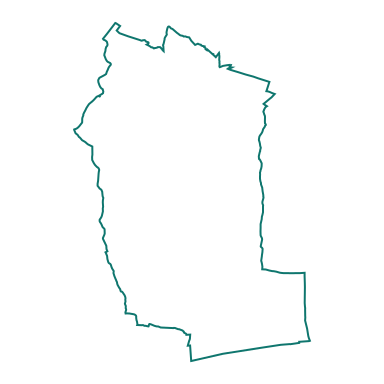 Cernatesti, Buzau, Romania (Equal Earth projection)
{"feature_id": "2599482B98470436425498", "entity_name": "Cernatesti", "entity_type": "district", "adm_level": 2, "iso_a3": "ROU", "parent_name": "Romania", "parent_adm1": "Buzau", "projection": "equal_earth", "projection_center": [26.764, 45.296], "detail": "fine", "context": "isolated", "style": "outline", "palette": "teal", "viewbox_px": 384, "rotation_deg": 0, "n_neighbors": 0, "source": "geoboundaries", "source_scale": "gbopen_adm2", "svg_char_len": 5858}
<svg xmlns="http://www.w3.org/2000/svg" viewBox="0 0 384 384"><path d="M309.9,340.8L308.9,338.2L308.3,336.1L307.1,328.6L305.1,320.5L305.3,317.4L305.2,315.8L305.1,308.7L305.2,308.2L305.0,307.0L304.7,303.1L304.9,287.1L304.8,282.5L304.6,276.3L304.6,272.8L300.3,273.1L291.7,273.2L283.2,273.1L281.2,272.9L279.8,272.7L276.4,271.7L273.8,271.2L272.2,271.1L269.3,270.5L265.8,269.5L262.2,269.3L262.4,266.7L262.0,263.9L261.6,262.1L261.2,260.8L261.9,256.0L261.9,255.5L262.4,252.2L262.6,249.2L262.6,248.8L262.4,248.4L262.1,247.9L260.9,246.8L260.7,246.3L262.1,239.7L262.1,239.3L262.0,238.3L260.8,235.9L260.6,235.2L260.5,231.3L260.6,227.8L260.6,224.1L261.7,219.3L261.9,216.6L262.4,215.0L263.0,212.3L263.0,206.1L263.1,205.7L263.1,205.2L262.5,203.7L262.4,203.0L262.4,202.0L262.5,201.4L263.4,198.1L263.5,197.1L263.3,196.7L263.3,195.1L262.6,191.2L262.2,187.6L261.0,184.4L261.0,183.1L260.4,181.3L260.0,178.8L260.0,176.2L260.1,174.7L260.0,172.5L260.4,171.3L260.5,170.4L261.2,168.4L261.6,166.3L261.7,163.5L261.6,163.1L260.3,160.4L259.6,159.3L259.2,159.2L259.0,158.9L258.8,156.2L259.7,152.3L260.2,151.0L260.1,150.4L260.8,147.8L260.2,145.8L259.9,143.6L259.4,141.5L259.3,141.1L259.0,140.7L258.9,139.6L259.3,136.9L259.9,135.6L261.3,133.7L262.1,132.4L262.6,131.1L263.1,129.2L264.8,126.7L265.1,125.7L265.8,125.0L265.8,124.7L265.7,124.3L265.0,123.3L264.9,121.5L265.0,117.0L264.9,116.1L264.7,115.3L264.3,114.7L264.0,113.4L263.5,112.2L263.4,111.7L263.4,111.3L263.8,110.8L264.1,109.6L265.2,107.6L265.7,107.0L266.9,106.2L265.0,105.0L263.6,103.9L270.3,98.3L271.4,97.5L274.7,94.0L271.7,92.9L269.8,92.0L267.9,91.4L266.4,91.2L269.4,81.9L258.1,78.3L253.3,76.6L245.6,74.5L238.3,72.2L230.6,69.9L227.8,68.8L228.3,68.4L229.0,68.3L229.9,68.3L229.8,68.7L230.1,68.7L230.6,68.1L231.8,67.5L230.4,67.4L229.6,66.8L229.6,66.5L229.9,66.2L230.7,65.6L230.8,65.3L230.4,65.4L230.3,65.0L230.6,64.8L227.1,65.2L223.0,65.9L219.8,67.2L219.6,67.0L219.4,66.4L219.6,63.9L219.4,63.0L219.5,61.2L219.2,60.0L219.4,56.7L219.3,55.4L219.1,54.6L219.2,53.7L219.0,52.9L215.8,57.2L213.7,55.2L213.8,55.2L212.7,54.3L212.9,54.0L212.5,53.9L212.4,54.0L207.5,49.6L207.1,50.3L205.7,49.3L205.9,49.0L205.7,48.3L204.2,47.1L204.6,46.4L204.3,46.3L203.5,46.2L203.1,46.0L202.5,46.0L201.3,45.5L201.2,45.1L200.8,44.7L199.5,44.5L197.9,43.7L195.1,44.9L191.3,40.8L189.2,37.4L186.8,37.0L185.9,36.6L185.2,36.4L183.7,36.5L182.7,35.8L180.9,35.5L179.9,35.1L178.3,33.8L176.9,32.8L173.0,29.4L172.4,28.9L171.2,28.5L170.8,28.2L169.7,26.9L169.0,26.5L168.6,26.5L168.1,26.8L167.6,27.7L167.2,29.0L166.6,31.8L166.5,32.9L166.8,34.6L165.1,37.3L164.6,38.4L164.6,39.3L163.8,42.9L163.4,44.4L163.0,45.1L163.3,46.1L163.6,51.1L162.6,50.2L162.2,49.3L161.2,48.4L160.9,47.8L160.2,47.2L159.5,47.1L157.8,47.1L157.1,47.6L155.6,48.0L154.2,48.1L153.9,48.4L153.5,48.2L152.8,47.6L152.2,47.3L151.2,47.3L150.1,46.4L148.9,45.7L146.7,44.6L148.1,43.8L148.5,43.3L148.5,42.5L148.3,42.3L146.1,41.6L145.2,40.5L144.6,40.1L144.1,40.2L143.0,40.2L142.5,40.5L141.4,40.7L140.0,40.1L128.1,36.3L119.5,33.2L118.5,32.3L116.7,30.5L120.1,26.0L116.1,23.3L115.3,23.0L107.1,33.7L103.0,38.8L103.6,39.7L105.3,40.4L106.6,41.5L106.9,41.9L107.1,42.5L107.5,44.4L107.5,44.9L107.2,45.8L106.2,47.0L105.6,48.9L105.4,51.0L104.5,53.6L104.4,54.3L104.3,55.4L104.5,55.8L105.9,59.4L106.9,61.0L107.7,61.8L110.1,63.0L110.7,63.7L110.8,64.2L110.8,64.7L109.2,66.7L108.6,67.7L107.5,70.4L106.9,71.5L106.1,74.0L105.0,74.8L103.2,75.8L100.0,77.5L99.3,78.0L98.3,79.9L98.2,80.6L98.4,82.3L99.5,85.4L100.3,87.0L101.3,88.3L102.8,89.3L102.9,90.2L103.3,91.4L103.0,93.2L102.1,93.9L99.2,95.6L99.6,96.1L99.8,96.4L99.7,96.5L98.8,96.1L98.5,96.0L98.1,96.1L96.6,96.8L94.1,99.6L92.8,100.9L89.1,104.0L88.3,105.1L86.5,107.9L85.2,110.6L84.1,112.6L83.3,114.4L83.3,115.5L82.7,116.9L82.3,118.1L82.2,119.3L82.2,121.4L82.1,122.6L79.2,126.3L77.9,127.6L77.0,128.3L75.9,128.9L74.2,129.4L74.1,129.7L75.6,133.3L77.3,134.6L77.8,135.1L78.9,136.9L79.8,137.5L80.6,138.4L82.1,140.2L84.4,141.5L85.6,142.3L86.5,143.2L88.0,144.4L92.3,146.5L92.4,154.6L92.1,157.0L92.2,160.0L93.7,162.9L94.9,164.8L96.2,166.2L97.1,167.1L97.6,167.3L98.7,168.4L99.1,169.5L99.2,170.0L98.8,171.9L98.6,173.6L98.1,180.8L97.6,183.8L97.6,185.6L97.6,185.8L98.9,187.5L99.6,188.5L100.9,189.4L101.4,189.9L102.2,191.7L102.5,195.1L102.7,196.5L103.3,197.9L102.9,200.3L102.8,202.4L103.1,206.7L102.8,208.4L102.9,211.4L101.9,215.7L101.4,217.0L100.4,218.7L100.1,219.0L99.7,219.6L99.6,220.4L99.7,221.4L100.1,222.2L100.9,223.3L101.7,224.9L102.5,226.9L103.4,227.9L104.3,228.7L104.6,229.6L104.7,233.5L104.4,234.6L102.9,238.1L103.0,238.9L103.8,240.6L106.3,245.8L106.5,249.1L107.4,251.3L105.5,252.3L106.1,253.4L106.4,254.4L106.9,255.4L107.1,256.1L107.4,259.0L108.1,261.5L108.4,262.4L108.8,263.0L109.2,263.3L110.2,263.9L110.6,264.4L110.9,265.0L111.6,267.3L111.8,267.6L112.0,268.3L112.6,269.3L113.6,270.8L113.7,271.6L113.5,272.7L113.5,273.2L114.4,276.1L115.5,278.8L115.9,279.6L116.4,281.0L117.0,282.2L117.2,283.7L117.6,284.9L119.1,287.6L120.2,289.2L120.5,290.7L120.7,291.1L121.0,291.5L122.0,291.7L122.6,292.3L124.6,295.3L125.2,296.8L125.5,298.2L125.3,299.6L125.5,301.4L124.9,303.8L125.8,306.0L125.7,308.2L126.1,309.2L126.1,310.0L125.4,312.4L125.6,313.5L127.0,313.4L129.4,313.5L134.0,314.3L134.9,314.7L135.9,315.5L136.0,315.7L136.2,316.3L136.2,318.0L136.5,320.1L137.0,321.6L137.4,324.1L137.3,324.7L137.2,325.0L141.4,325.2L143.0,325.1L144.0,325.6L144.5,325.8L145.7,325.8L147.1,326.2L148.5,326.4L148.7,326.0L148.7,325.5L149.3,324.1L149.7,324.0L151.1,324.4L154.4,325.8L156.5,326.4L158.3,326.5L160.7,327.5L173.5,328.1L173.9,327.9L175.0,328.0L178.2,329.2L179.1,329.2L182.5,330.5L183.1,331.1L183.8,331.6L183.8,332.2L184.1,332.7L186.0,333.7L186.4,334.3L186.4,334.8L190.2,334.6L189.9,338.8L189.7,339.5L189.1,341.0L187.8,345.7L190.1,345.5L191.2,361.0L222.8,353.8L261.0,347.8L280.8,344.8L289.7,344.1L290.3,344.2L299.2,342.9L299.2,341.8L299.3,341.8L309.1,341.1L309.9,340.8Z" fill="none" stroke="#0f766e" stroke-width="2"/></svg>